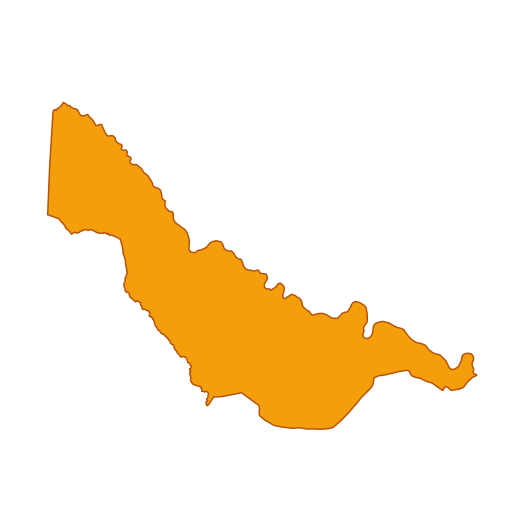 Chokwe, Gaza, Mozambique, rotated 351°
{"feature_id": "85939544B8547864433088", "entity_name": "Chokwe", "entity_type": "district", "adm_level": 2, "iso_a3": "MOZ", "parent_name": "Mozambique", "parent_adm1": "Gaza", "projection": "robinson", "projection_center": [32.883, -24.487], "detail": "fine", "context": "isolated", "style": "filled", "palette": "amber", "viewbox_px": 512, "rotation_deg": 351, "n_neighbors": 0, "source": "geoboundaries", "source_scale": "gbopen_adm2", "svg_char_len": 6087}
<svg xmlns="http://www.w3.org/2000/svg" viewBox="0 0 512 512"><g transform="rotate(351 256 256)"><path d="M391.4,398.9L394.5,400.8L399.5,402.7L404.3,406.2L410.1,409.1L418.5,417.3L419.7,418.0L421.4,415.4L421.9,414.9L422.9,414.9L425.3,416.1L427.3,418.9L428.3,419.3L435.9,419.2L439.8,418.4L441.0,417.7L442.8,415.7L444.0,414.9L444.4,414.1L450.9,409.8L454.7,408.6L455.3,408.1L454.7,407.9L454.7,407.3L452.9,406.7L452.2,405.1L453.4,401.5L452.8,400.0L452.4,397.2L452.7,395.5L454.0,393.7L454.8,391.8L455.0,390.4L454.6,388.4L453.3,386.4L451.5,385.6L448.8,385.0L445.8,385.6L444.0,386.9L442.3,391.7L439.6,395.6L437.9,397.4L434.5,398.7L432.5,398.9L431.1,398.4L429.5,396.7L426.9,388.8L421.9,382.2L417.8,380.8L415.0,378.7L412.3,376.0L411.3,374.5L410.0,371.5L409.1,370.5L404.3,367.7L402.3,367.2L400.6,366.4L396.6,362.9L393.4,358.1L390.6,352.3L389.8,351.4L388.8,350.6L383.4,348.2L376.5,342.7L370.9,340.4L367.3,340.5L363.9,341.2L361.8,342.7L360.9,344.3L358.9,350.7L356.7,353.7L353.5,354.9L351.8,354.6L349.9,353.5L349.3,352.2L349.3,350.3L349.7,349.1L351.1,347.0L350.8,345.3L351.0,343.9L352.1,341.9L354.5,339.7L355.7,338.1L356.7,330.9L356.7,325.0L356.1,323.0L353.9,320.5L350.4,317.8L348.2,316.9L346.6,316.6L345.0,317.0L342.6,319.0L341.5,321.0L338.4,324.8L337.0,325.6L334.8,325.5L332.0,326.1L330.7,327.5L326.5,330.3L321.3,329.3L315.9,324.6L312.3,323.0L308.2,322.6L303.7,323.3L302.0,322.7L301.2,321.8L299.8,318.8L298.1,318.0L295.1,314.3L294.2,312.4L293.9,307.5L292.9,305.3L292.0,304.2L290.2,303.1L288.7,301.3L285.4,299.4L278.0,302.5L277.3,302.5L276.3,301.7L276.1,300.6L276.5,298.1L278.1,295.2L279.0,291.9L278.4,289.5L276.2,286.8L275.3,286.5L273.6,286.9L272.3,287.9L270.9,289.8L267.9,290.9L265.6,292.2L265.0,292.0L264.5,290.9L263.7,290.4L262.0,290.5L260.4,289.6L259.6,288.1L259.6,285.8L260.6,284.0L262.6,281.8L263.8,279.8L263.5,276.0L262.2,275.1L258.1,274.0L257.3,273.3L256.4,270.8L255.9,270.4L255.1,270.2L252.5,270.6L249.9,270.0L248.7,269.1L246.0,268.7L244.1,267.2L242.9,265.7L242.2,263.7L241.1,257.6L240.1,256.6L238.9,256.5L236.1,254.2L234.2,249.5L232.6,247.3L231.1,247.1L228.6,246.3L226.1,244.3L225.7,243.3L224.9,239.0L223.5,236.5L219.1,234.7L215.1,235.0L212.4,236.0L208.7,239.5L206.1,240.5L202.4,241.4L199.3,241.4L197.5,242.7L196.5,243.0L194.2,242.7L192.2,241.7L191.2,240.4L190.8,238.5L192.2,232.7L192.5,229.8L192.3,226.5L191.5,222.2L190.0,218.8L186.2,215.3L184.1,212.7L183.1,212.2L181.2,209.7L180.2,206.4L180.3,204.7L181.0,202.2L180.4,199.4L177.2,198.2L174.7,194.7L174.0,192.4L174.0,190.1L175.1,187.6L172.9,185.4L172.3,184.2L172.4,180.5L172.0,176.5L171.6,175.5L170.4,174.2L166.1,171.7L165.7,171.1L165.1,169.5L165.1,167.7L162.4,161.0L161.4,159.2L158.2,155.9L156.3,151.4L152.6,147.4L151.2,146.7L149.4,146.7L148.0,146.2L146.7,144.6L146.4,143.7L146.5,142.3L147.7,140.9L147.8,139.6L147.0,138.3L144.1,136.5L144.2,135.5L145.1,133.7L144.7,131.5L143.7,130.9L141.2,130.8L140.0,129.8L139.8,128.4L141.0,126.8L140.9,125.7L140.6,125.0L137.3,122.9L136.3,121.8L135.7,120.5L135.2,117.3L134.4,115.9L133.4,114.9L132.4,114.5L129.2,114.5L127.7,113.5L126.2,110.3L124.0,102.1L123.2,101.6L119.4,102.2L118.1,101.9L116.6,97.3L114.5,94.1L113.1,92.6L112.5,90.8L111.8,89.9L107.4,90.6L104.9,89.7L103.8,87.7L102.8,84.3L101.8,82.9L98.5,81.5L96.4,79.8L95.6,78.3L94.0,78.2L92.1,76.1L89.7,74.2L87.5,76.7L85.1,78.5L83.0,79.1L82.0,80.6L81.3,80.7L80.5,79.9L80.0,79.9L78.7,80.6L78.1,81.8L76.9,87.2L66.3,134.8L56.7,182.6L59.3,183.8L59.9,184.6L62.0,185.2L63.1,186.2L66.8,188.2L67.7,189.1L68.4,191.0L69.6,192.5L70.1,192.4L70.3,193.7L71.8,195.6L72.4,198.7L75.6,202.2L76.7,205.0L77.4,205.6L79.5,204.3L81.2,204.4L82.9,205.5L83.8,205.0L85.1,205.0L87.0,203.9L88.6,203.9L90.4,203.2L92.1,203.4L94.7,204.5L95.3,204.1L97.2,204.1L98.8,205.4L100.1,205.7L100.6,206.6L103.6,208.6L108.2,209.6L109.7,209.2L111.7,210.5L113.2,210.3L113.4,210.6L112.7,211.1L114.1,211.9L114.8,212.8L116.2,212.6L117.3,212.8L119.0,214.5L120.8,215.0L121.2,215.8L122.7,216.4L123.4,217.5L124.4,217.7L124.9,219.9L125.0,222.6L125.4,224.7L125.5,229.5L125.1,231.5L126.3,239.7L126.2,242.1L125.7,243.4L126.2,244.3L125.9,246.7L126.3,248.3L126.0,251.0L126.2,252.5L125.2,254.0L124.3,256.1L123.2,257.2L123.0,259.8L121.2,262.8L121.0,266.0L121.6,267.9L121.3,270.0L122.0,270.3L122.4,271.5L123.7,271.8L124.8,272.8L125.0,273.7L124.7,275.2L125.1,276.2L125.0,276.9L126.9,278.5L127.6,279.9L129.0,280.9L129.1,281.8L130.1,282.4L130.8,281.8L131.7,282.3L132.6,282.1L133.6,283.5L134.8,284.2L134.5,286.7L135.3,288.1L135.5,289.4L135.2,290.0L136.0,291.2L137.8,291.3L138.9,291.9L139.8,292.9L141.5,293.4L141.4,294.4L142.4,295.9L141.8,297.3L141.2,297.9L141.2,298.7L142.4,299.6L143.3,299.6L143.4,300.6L144.1,301.2L144.1,302.2L144.9,303.3L145.7,309.0L145.9,309.8L146.7,310.5L147.3,313.3L149.0,314.9L150.3,317.5L151.4,318.1L151.8,318.8L153.0,319.1L153.8,321.1L155.2,322.3L156.3,324.5L156.8,325.0L156.8,325.6L157.6,326.4L157.7,328.0L158.3,329.1L159.3,330.4L160.5,330.7L161.2,333.2L160.7,333.9L160.9,334.7L161.6,335.4L161.6,336.1L162.9,338.1L163.0,339.3L164.4,341.0L165.5,343.5L166.3,344.1L168.8,343.9L169.6,344.7L170.4,344.9L171.4,346.2L171.9,348.9L171.7,350.2L172.4,351.0L173.8,351.6L173.9,353.6L174.9,354.7L174.7,356.1L172.6,357.3L173.0,358.2L172.9,358.8L173.4,359.1L173.6,359.7L172.7,360.0L172.8,360.7L172.4,361.0L172.0,362.2L172.6,363.8L172.4,364.7L172.8,365.9L171.8,368.9L172.6,370.8L173.6,372.6L174.9,373.7L175.9,373.7L177.2,374.8L181.2,376.7L181.1,378.4L181.8,379.7L181.4,381.1L182.7,381.3L184.1,382.4L185.4,381.8L186.4,382.4L187.5,383.7L187.3,385.5L186.7,386.4L186.7,387.5L185.0,389.6L184.9,390.2L185.6,391.2L184.2,392.1L183.6,393.1L183.9,393.9L183.6,394.7L184.1,396.0L184.7,396.1L185.6,395.3L186.1,395.3L192.0,388.7L200.0,389.5L220.3,388.8L235.5,404.1L235.6,406.9L234.5,411.7L234.6,414.2L238.8,419.2L246.9,425.8L249.0,426.9L255.3,429.1L265.6,432.0L271.4,432.3L280.1,435.0L288.4,436.2L290.1,436.8L296.2,437.6L302.1,437.8L305.3,437.3L313.7,432.2L323.7,424.7L328.4,420.5L330.8,418.8L337.9,412.2L347.4,405.4L349.9,403.3L350.8,402.1L351.9,400.0L353.3,395.3L354.0,394.8L358.3,393.5L365.8,393.6L380.4,392.4L388.1,392.6L389.4,393.9L390.2,397.3L391.4,398.9Z" fill="#f59e0b" stroke="#b45309" stroke-width="1.5"/></g></svg>